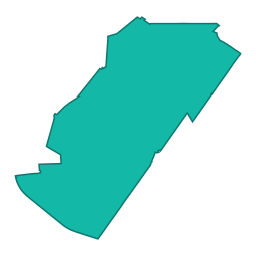 Pekela, Groningen, Netherlands (Natural Earth projection)
{"feature_id": "6326949B23781869832048", "entity_name": "Pekela", "entity_type": "district", "adm_level": 2, "iso_a3": "NLD", "parent_name": "Netherlands", "parent_adm1": "Groningen", "projection": "natural_earth1", "projection_center": [6.972, 53.067], "detail": "fine", "context": "isolated", "style": "filled", "palette": "teal", "viewbox_px": 256, "rotation_deg": 0, "n_neighbors": 0, "source": "geoboundaries", "source_scale": "gbopen_adm2", "svg_char_len": 5293}
<svg xmlns="http://www.w3.org/2000/svg" viewBox="0 0 256 256"><path d="M196.0,116.9L196.9,115.6L197.9,114.2L199.1,112.6L200.3,110.8L201.6,108.9L202.9,107.2L205.4,103.6L210.6,96.1L210.7,95.0L210.8,94.7L210.9,94.4L211.0,94.2L211.2,93.7L211.4,93.3L211.9,94.2L212.3,93.8L213.2,92.5L217.9,85.8L218.4,85.1L218.8,84.4L220.9,81.5L221.3,81.0L222.3,79.5L224.3,76.7L226.4,73.8L228.8,70.3L230.1,68.4L231.4,66.6L232.5,64.8L233.5,63.4L234.9,61.5L237.7,57.6L238.1,57.0L238.8,56.3L239.9,54.9L240.6,53.9L240.6,53.6L240.5,53.4L240.4,53.3L238.4,51.9L236.9,50.9L234.9,49.7L234.0,49.0L233.5,48.7L233.1,48.4L232.1,47.7L231.2,47.0L230.7,46.7L230.3,46.4L229.1,45.7L228.4,45.2L227.1,44.3L226.0,43.6L225.1,43.1L224.6,42.7L224.1,42.5L223.9,42.3L223.4,42.1L223.1,42.0L221.2,40.9L220.5,40.5L220.2,40.4L220.0,40.2L219.7,40.0L219.6,39.9L218.4,37.8L217.5,36.3L217.3,35.4L216.9,34.1L217.0,33.1L216.4,32.9L215.8,32.7L215.3,32.4L214.6,32.1L213.1,31.3L215.5,29.0L215.7,28.8L215.9,28.5L217.1,27.2L217.5,26.8L217.6,26.7L218.0,26.3L218.3,26.1L218.7,26.0L218.8,25.9L219.2,25.8L219.3,25.7L217.9,24.5L216.6,23.5L208.8,23.6L206.9,23.6L197.5,23.6L193.0,23.6L190.0,23.6L185.4,23.5L184.5,23.5L181.1,23.5L176.0,23.6L172.3,23.6L171.1,23.6L157.3,23.6L150.2,23.6L149.8,24.3L144.0,20.3L145.1,19.3L141.9,17.2L140.0,18.9L139.7,18.7L137.8,17.4L137.5,17.2L137.3,17.1L136.9,17.4L136.0,18.1L135.3,18.7L135.2,18.8L134.8,19.1L134.5,19.3L134.0,19.8L133.6,20.1L133.2,20.4L133.0,20.6L132.2,21.2L132.1,21.3L131.4,21.9L131.1,22.1L130.6,22.5L130.4,22.7L130.3,22.8L130.2,22.9L129.9,23.1L129.4,23.5L129.2,23.7L128.7,24.1L127.5,25.1L124.8,27.3L124.7,27.4L123.7,28.1L123.5,28.3L123.1,28.7L121.9,29.6L121.7,29.8L119.7,31.4L117.1,33.5L116.8,33.7L115.6,34.1L114.9,34.3L114.3,34.4L112.9,34.9L112.1,35.1L111.4,35.3L110.8,35.5L109.0,36.0L107.8,36.4L107.8,36.8L108.0,38.0L108.0,38.5L107.8,40.9L107.7,42.7L107.3,47.7L107.2,49.2L107.0,52.1L106.5,59.3L106.0,66.0L105.9,66.2L105.9,66.3L105.8,66.5L105.7,66.6L104.8,67.4L104.5,67.6L103.6,68.4L103.4,68.3L103.5,68.2L103.2,68.0L102.3,67.5L102.2,67.7L102.3,67.8L102.2,67.9L102.0,68.7L101.5,69.4L99.8,68.6L98.6,70.2L97.0,72.1L95.6,74.0L94.2,75.7L91.7,78.8L90.5,80.4L90.0,81.0L89.4,81.7L77.9,96.1L78.3,96.1L78.5,96.1L78.9,96.2L79.1,96.3L79.4,96.5L79.0,96.8L76.7,98.4L75.9,99.1L75.6,99.3L74.8,99.7L74.0,100.2L73.3,100.7L72.9,100.9L72.6,101.1L72.0,101.5L71.7,101.7L70.1,102.8L68.9,103.5L68.5,103.8L68.1,104.2L65.2,106.4L64.8,106.7L64.4,107.1L64.2,107.2L63.9,107.6L63.7,107.8L63.2,108.2L61.7,109.7L56.6,114.7L56.2,114.5L55.1,113.7L54.4,114.4L54.3,114.5L54.2,114.8L54.2,115.0L54.1,115.3L54.1,116.1L54.1,116.5L54.2,117.1L54.2,117.6L54.1,118.7L54.1,119.0L53.8,120.1L53.4,121.8L53.3,122.0L52.4,125.1L52.3,125.5L51.4,128.7L51.1,130.0L50.7,131.4L50.4,132.5L49.9,134.1L48.4,139.4L47.9,141.0L47.1,144.3L46.7,145.4L46.5,146.4L47.8,147.2L49.6,148.3L51.4,149.4L53.8,150.8L54.1,150.9L57.6,153.0L60.6,154.8L61.1,163.6L39.0,164.3L39.3,168.1L39.5,170.4L40.3,170.5L40.5,172.7L37.4,173.5L34.7,173.5L32.8,173.7L28.1,174.2L24.7,174.6L21.3,175.0L19.7,175.2L16.7,175.6L15.4,175.8L15.4,176.4L15.5,176.6L15.6,176.8L15.9,177.3L16.3,177.6L15.9,177.7L15.8,177.8L15.8,178.0L16.2,179.5L16.7,181.2L17.1,182.2L17.3,182.8L17.7,183.6L18.5,185.3L18.9,186.2L19.5,187.1L20.0,188.0L20.7,189.1L21.9,190.7L22.8,191.8L23.8,192.9L24.7,193.8L25.3,194.4L25.7,194.8L25.9,195.0L26.1,195.1L26.5,195.5L26.9,195.9L27.7,196.6L28.6,197.3L29.3,197.9L32.6,200.6L33.0,200.9L33.3,201.1L34.1,201.8L35.5,202.9L36.3,203.6L37.5,204.6L39.9,206.5L41.1,207.4L41.2,207.6L42.5,208.7L42.9,208.9L44.1,209.9L44.9,210.5L49.5,214.3L50.6,215.2L52.0,216.3L53.9,217.8L55.2,218.9L56.3,219.8L57.1,220.4L57.8,221.0L60.4,223.1L60.7,223.3L60.8,223.4L61.9,224.3L62.0,224.3L63.0,225.2L63.8,225.8L64.2,226.1L64.6,226.4L65.2,226.8L65.7,227.1L66.2,227.4L66.7,227.7L67.2,228.0L67.7,228.3L68.3,228.6L69.5,229.2L70.1,229.5L70.4,229.7L71.3,230.1L71.9,230.3L72.5,230.6L73.1,230.8L74.6,231.3L74.8,231.4L74.9,231.5L76.0,231.9L77.3,232.3L78.8,232.8L88.2,235.8L91.6,236.9L94.5,237.8L95.0,238.0L95.5,238.2L98.0,238.9L98.3,238.5L99.6,236.6L100.5,235.4L101.4,234.1L101.9,233.4L104.0,230.5L105.0,229.0L106.6,226.7L108.2,224.5L108.8,223.6L110.0,222.0L110.2,221.7L110.4,221.5L110.8,220.8L113.3,217.3L115.4,214.5L116.7,212.6L117.5,211.4L119.3,208.9L120.3,207.5L121.4,206.0L121.7,205.4L122.4,204.4L124.2,201.8L125.4,200.1L128.4,195.9L128.7,195.5L129.4,194.6L130.9,192.4L131.9,191.1L132.6,190.1L133.6,188.6L134.3,187.7L135.0,186.7L135.7,185.7L138.6,181.7L139.3,180.7L139.5,180.4L140.8,178.6L141.4,177.7L141.8,177.1L142.2,176.6L142.4,176.3L143.3,175.1L143.6,174.7L143.8,174.3L144.4,173.5L144.9,172.7L145.1,172.5L145.4,172.0L145.8,171.5L146.3,170.7L146.5,170.4L146.7,170.2L147.1,169.8L147.3,169.7L147.5,169.4L147.6,169.2L147.8,168.8L147.9,168.6L148.0,168.4L148.1,168.2L148.5,167.7L148.9,167.2L149.1,166.9L149.5,166.3L149.6,166.2L150.6,164.7L150.4,164.4L151.0,162.9L151.5,162.0L152.0,161.8L151.6,161.1L152.8,158.5L153.6,156.6L154.3,154.8L154.5,154.3L154.8,153.6L154.9,153.2L155.0,152.4L155.3,152.3L155.8,152.3L156.1,152.4L156.4,152.5L156.5,152.6L156.7,152.9L159.0,152.1L158.1,150.7L159.9,150.0L160.5,150.9L171.8,134.9L173.2,132.9L174.6,131.0L182.5,119.7L184.3,117.1L185.3,115.9L185.2,115.8L187.2,112.9L192.5,121.8L193.2,120.8L193.7,120.2L194.5,119.1L195.1,118.2L196.0,116.9Z" fill="#14b8a6" stroke="#0f766e" stroke-width="1.5"/></svg>